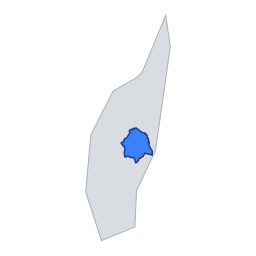 Melekeok, Melekeok, Palau (highlighted)
{"feature_id": "81905179B96125611766208", "entity_name": "Melekeok", "entity_type": "district", "adm_level": 2, "iso_a3": "PLW", "parent_name": "Palau", "parent_adm1": "Melekeok", "projection": "natural_earth1", "projection_center": [134.606, 7.509], "detail": "fine", "context": "in_parent", "style": "filled", "palette": "blue", "viewbox_px": 256, "rotation_deg": 0, "n_neighbors": 0, "source": "geoboundaries", "source_scale": "gbopen_adm2", "svg_char_len": 2263}
<svg xmlns="http://www.w3.org/2000/svg" viewBox="0 0 256 256"><path d="M134.9,226.9L101.4,240.6L85.7,191.6L90.9,134.8L113.1,91.1L137.3,77.1L142.2,72.1L165.7,15.4L170.3,46.7L155.5,150.5L136.5,190.9L134.9,226.9Z" fill="#d9dde1" stroke="#a8b0b8" stroke-width="1"/><path d="M149.2,142.5L148.9,142.7L148.8,142.8L148.8,142.7L148.7,142.7L148.5,142.4L148.4,142.2L148.3,141.9L148.3,141.7L148.3,141.4L148.4,141.2L148.4,140.9L148.4,140.7L148.3,140.4L148.3,140.2L148.4,139.9L148.4,139.7L148.4,139.4L148.4,139.2L148.4,138.9L148.2,138.7L148.0,138.4L147.8,138.3L147.8,138.2L147.7,138.2L147.4,137.9L147.3,137.7L147.2,137.6L147.1,137.3L147.1,137.2L147.2,136.9L147.2,136.7L147.2,136.4L147.2,135.9L147.0,135.7L147.0,135.4L146.9,135.4L146.8,135.1L146.7,135.0L146.5,134.8L146.4,134.6L146.1,134.3L146.1,134.2L145.9,134.1L145.7,133.9L145.6,133.7L145.4,133.5L145.3,133.4L145.2,133.4L145.1,133.5L145.1,133.4L145.1,133.2L141.9,132.4L136.0,127.9L135.9,127.8L135.7,128.0L135.5,128.3L135.0,128.6L134.3,128.7L133.9,128.5L133.5,128.3L133.3,128.6L133.0,129.0L132.8,129.7L132.6,129.9L132.4,129.8L132.2,129.7L132.1,129.3L131.7,129.2L131.6,129.4L131.6,129.6L131.4,129.6L131.1,129.5L130.0,130.0L129.5,130.3L129.3,130.6L129.2,130.9L129.5,131.3L130.2,132.0L130.1,132.3L129.9,132.7L128.7,134.6L127.1,137.4L126.2,138.1L125.0,138.6L124.4,139.1L124.3,139.6L124.0,139.9L123.8,140.4L123.8,140.9L123.8,141.5L123.4,141.9L122.4,142.3L121.8,142.3L121.5,142.5L121.2,142.9L121.5,143.9L122.1,144.4L123.2,145.6L123.3,145.8L123.8,145.7L124.1,145.8L124.2,146.2L124.0,146.5L124.4,147.3L124.9,148.5L124.9,149.1L125.0,149.4L124.8,149.9L124.6,150.7L124.3,152.1L124.3,152.9L124.4,154.2L124.7,156.2L124.7,156.7L125.2,156.8L125.7,157.0L126.3,156.8L127.0,156.5L127.8,156.3L128.4,156.5L129.9,157.1L130.5,157.4L131.0,157.4L132.6,157.7L133.5,157.9L134.1,158.3L134.5,158.5L134.6,158.8L134.9,160.1L135.7,162.7L136.2,162.5L136.4,162.5L136.6,162.3L136.9,162.2L137.4,161.7L137.7,161.2L138.3,160.9L138.5,160.7L138.5,160.1L139.0,158.7L139.2,158.3L139.5,158.2L140.2,158.3L140.5,158.3L140.9,157.8L141.1,157.5L141.6,157.2L141.7,156.9L141.9,156.7L142.3,156.5L142.6,156.6L142.9,156.6L143.0,156.6L144.8,153.2L152.2,155.0L152.3,151.8L151.8,150.0L150.5,148.4L148.9,144.7L149.2,142.5Z" fill="#3b82f6" stroke="#1e3a8a" stroke-width="1.5"/></svg>